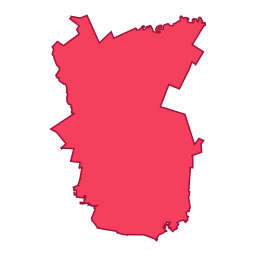 Vallecillo, Nuevo León, Mexico
{"feature_id": "50627088B49667665932630", "entity_name": "Vallecillo", "entity_type": "district", "adm_level": 2, "iso_a3": "MEX", "parent_name": "Mexico", "parent_adm1": "Nuevo León", "projection": "albers", "projection_center": [-99.794, 26.639], "detail": "fine", "context": "isolated", "style": "filled", "palette": "rose", "viewbox_px": 256, "rotation_deg": 0, "n_neighbors": 0, "source": "geoboundaries", "source_scale": "gbopen_adm2", "svg_char_len": 5599}
<svg xmlns="http://www.w3.org/2000/svg" viewBox="0 0 256 256"><path d="M187.7,220.0L187.2,219.3L187.4,219.2L187.2,219.0L187.5,218.1L188.4,216.6L188.2,216.5L187.5,216.4L187.0,216.0L186.3,213.3L186.4,212.6L187.3,211.5L187.7,211.3L188.3,211.4L189.1,211.2L189.3,210.8L189.2,210.0L189.3,209.2L189.7,208.5L190.2,208.0L188.5,196.5L189.1,195.7L189.3,195.6L189.4,192.9L189.7,192.2L189.7,191.8L189.2,191.5L189.0,191.8L188.6,191.3L188.7,189.5L189.1,187.8L188.9,187.8L190.4,167.5L192.8,167.7L192.7,156.0L192.1,156.0L192.2,155.4L195.4,154.4L201.6,152.1L201.0,143.8L201.6,143.3L202.6,142.2L203.6,140.6L198.9,138.5L194.5,144.5L184.9,114.4L163.3,107.6L161.0,106.9L160.5,106.9L160.3,106.7L168.8,84.6L179.3,88.9L189.1,69.4L191.9,62.0L194.6,63.6L195.6,64.7L203.4,51.9L192.2,44.7L203.9,25.7L204.8,25.6L205.3,25.2L205.0,22.8L204.0,22.7L202.9,22.9L202.5,23.2L201.9,23.3L201.9,23.0L202.6,22.0L202.6,21.5L202.1,20.4L201.5,19.7L201.2,18.7L200.5,17.8L200.2,17.5L199.5,17.3L199.0,17.6L198.4,18.4L198.5,20.6L198.4,21.4L198.0,21.8L197.7,21.7L197.2,21.1L197.1,20.9L196.9,20.0L196.4,19.6L196.3,19.2L196.0,18.9L195.9,18.9L195.7,19.2L195.2,19.1L194.8,19.5L194.3,18.9L193.7,18.7L193.3,18.9L192.4,19.8L192.3,20.4L192.4,20.6L193.1,21.2L193.7,21.4L193.5,22.5L192.6,22.8L191.8,22.5L191.3,22.5L190.6,22.7L188.8,22.4L187.6,21.7L187.5,21.4L187.8,21.1L187.8,20.8L187.7,20.6L187.2,20.2L187.2,19.6L187.7,19.7L188.0,19.5L188.4,19.8L188.6,19.7L188.7,18.9L188.6,18.6L187.5,18.0L185.8,17.6L183.7,17.8L183.2,18.1L182.2,17.4L182.1,16.7L181.6,16.3L181.1,16.2L180.4,16.5L180.1,17.2L180.0,17.6L180.5,19.6L180.4,20.0L180.1,20.3L179.9,21.0L179.2,21.3L178.6,21.1L178.3,21.1L177.8,21.4L176.8,22.4L175.7,23.1L175.0,23.4L173.7,23.6L173.3,25.0L172.7,25.6L169.9,25.6L169.5,25.4L168.9,24.3L168.2,23.8L167.7,23.7L166.7,24.2L164.4,24.9L164.1,25.1L163.5,25.8L163.3,26.1L163.3,26.7L163.2,27.5L163.4,28.5L163.3,29.1L163.0,29.2L161.6,29.2L160.5,29.1L159.5,29.4L158.4,29.4L158.2,29.1L158.2,28.7L158.7,28.0L159.3,27.7L160.2,27.4L161.1,27.5L161.4,27.4L161.7,26.8L161.5,25.6L161.0,25.3L159.1,25.5L158.8,25.7L158.8,26.5L157.8,26.3L157.2,26.6L156.6,27.3L155.8,29.1L156.0,30.5L156.7,30.9L157.3,31.4L157.8,31.4L158.8,31.3L159.5,31.4L160.0,31.8L160.2,32.3L159.4,32.8L158.2,32.5L156.7,32.5L155.7,32.2L154.6,32.1L153.1,31.2L152.8,30.6L152.7,29.8L151.4,26.7L150.7,25.9L150.4,25.7L149.6,25.7L149.1,26.2L149.0,26.4L149.2,27.1L148.8,27.8L148.5,27.9L148.3,27.8L148.4,26.8L148.2,26.5L147.9,26.4L146.8,26.8L146.6,26.9L146.5,27.7L145.1,29.1L144.7,29.4L143.4,29.8L143.2,29.3L142.8,28.8L142.7,28.2L142.8,28.0L144.3,27.0L144.6,26.6L143.7,26.0L142.9,25.9L142.4,26.3L141.5,27.3L140.9,28.5L140.1,28.9L139.4,29.4L137.8,30.0L137.0,30.1L136.4,29.9L136.3,29.6L136.4,29.1L136.4,28.7L135.7,28.2L113.7,38.2L111.2,31.8L99.3,43.0L87.0,15.4L80.3,18.1L71.1,16.4L71.2,17.0L71.1,17.4L69.9,18.7L79.3,25.9L76.6,29.5L78.9,33.4L79.2,34.0L68.3,42.0L68.2,42.2L63.3,45.6L60.5,43.7L60.3,43.8L60.0,43.7L59.5,43.0L57.5,41.5L53.1,46.0L52.2,46.8L53.0,48.1L53.6,49.6L52.2,54.3L53.7,55.9L54.0,57.9L56.8,65.1L57.7,65.7L58.3,67.0L58.9,67.0L59.5,67.9L59.2,69.4L59.3,70.8L58.2,71.7L57.5,72.8L57.6,73.8L56.5,74.1L55.9,75.5L56.1,76.1L56.4,76.3L56.6,76.9L57.3,77.9L58.2,77.5L58.8,77.8L58.8,78.9L59.2,80.6L59.5,80.6L60.3,81.8L60.9,81.8L63.8,84.1L65.3,84.0L66.3,85.6L66.3,86.5L66.8,87.3L66.9,89.1L66.7,90.8L66.9,91.5L66.5,92.3L67.6,93.8L67.4,95.6L67.0,96.2L67.4,96.9L66.7,97.8L67.0,99.7L67.1,101.7L67.9,102.2L68.0,103.4L68.3,104.0L69.1,104.3L70.3,104.6L71.0,105.2L70.8,107.0L71.7,107.6L71.4,107.9L71.6,109.1L72.1,109.3L72.2,109.8L71.7,110.7L71.9,111.1L71.5,111.7L71.6,113.0L71.9,113.2L72.9,113.1L74.1,113.6L72.1,114.8L71.1,115.6L58.7,123.8L57.7,124.7L57.1,124.9L50.7,129.1L56.3,132.1L58.2,134.0L58.2,134.4L58.9,135.0L66.1,143.9L61.0,148.0L61.5,148.8L62.1,148.2L73.9,148.6L70.7,161.2L73.8,161.7L80.2,162.3L79.1,167.9L79.6,168.1L81.2,167.7L81.5,167.2L82.1,167.3L80.2,177.7L80.5,177.4L80.3,179.1L79.6,180.0L79.0,182.3L77.9,185.1L78.4,185.4L73.4,187.2L74.0,190.2L74.3,190.3L75.9,190.4L76.2,190.7L76.7,191.5L76.6,193.6L74.6,193.5L74.5,192.4L74.1,192.3L74.3,194.9L76.5,195.0L76.4,197.0L84.2,198.0L84.1,197.5L84.4,197.5L84.4,197.2L84.1,197.2L84.2,195.7L85.6,195.7L85.7,196.4L85.0,199.5L84.2,199.6L84.3,202.8L80.3,202.2L80.2,203.5L82.3,203.9L88.2,203.0L88.3,203.6L88.1,205.1L88.7,205.0L88.9,204.5L88.6,204.2L88.8,203.6L89.1,203.5L90.1,204.4L89.8,204.5L90.3,205.4L90.8,205.0L91.2,205.2L91.4,205.7L92.9,206.2L93.4,206.1L93.8,205.7L94.5,205.6L94.9,206.0L95.2,206.0L96.7,205.4L97.3,205.4L96.7,206.0L95.5,206.4L94.7,206.4L94.0,208.0L95.5,208.7L91.6,218.1L92.3,220.4L92.1,220.7L92.4,220.7L97.5,227.3L97.2,227.8L99.2,228.3L116.7,231.3L117.0,232.8L118.1,233.1L118.2,232.8L123.2,234.6L127.0,234.6L127.0,235.0L127.3,235.0L127.3,234.6L143.8,234.8L155.6,239.1L155.4,239.7L156.6,240.6L157.4,239.2L156.6,238.7L157.0,237.7L159.2,234.6L159.8,234.5L160.1,234.2L161.7,233.7L163.7,232.6L164.1,232.1L165.3,231.3L166.5,231.3L166.4,230.8L164.4,229.6L165.0,228.5L164.6,228.6L163.0,227.1L163.8,226.2L164.3,226.8L164.7,226.7L165.3,226.9L165.2,226.6L164.9,226.1L164.9,225.9L164.5,225.4L164.5,224.3L166.9,225.5L167.0,224.8L167.3,224.6L166.2,223.9L166.4,223.1L166.5,223.0L166.4,222.8L166.6,222.1L168.3,222.5L170.0,222.3L169.7,223.8L169.1,224.1L168.3,224.0L169.2,224.6L168.5,225.2L168.6,228.0L169.1,228.1L169.2,227.8L169.7,227.6L170.0,227.9L170.8,227.8L170.7,228.9L170.4,229.2L172.8,231.5L175.0,228.9L175.8,229.6L177.4,227.9L176.3,226.8L177.6,225.4L177.8,225.3L177.7,225.2L178.7,224.1L177.1,222.7L179.4,221.2L183.5,220.0L184.0,220.9L185.2,220.8L185.0,221.6L185.1,222.0L185.4,221.9L185.6,222.3L187.7,220.0Z" fill="#f43f5e" stroke="#9f1239" stroke-width="1.5"/></svg>